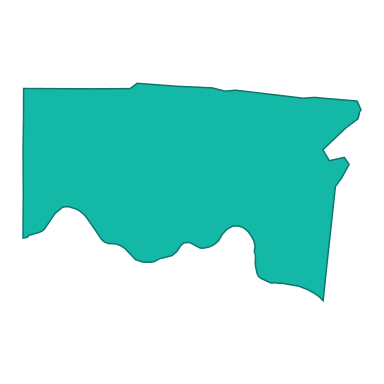 the district of Hamilton, Ohio, United States of America
{"feature_id": "52423323B74792918686733", "entity_name": "Hamilton", "entity_type": "district", "adm_level": 2, "iso_a3": "USA", "parent_name": "United States of America", "parent_adm1": "Ohio", "projection": "natural_earth1", "projection_center": [-84.539, 39.167], "detail": "fine", "context": "isolated", "style": "filled", "palette": "teal", "viewbox_px": 384, "rotation_deg": 0, "n_neighbors": 0, "source": "geoboundaries", "source_scale": "gbopen_adm2", "svg_char_len": 1425}
<svg xmlns="http://www.w3.org/2000/svg" viewBox="0 0 384 384"><path d="M303.0,98.2L235.7,90.2L225.1,91.1L212.2,87.9L177.7,86.3L137.1,83.3L130.1,88.6L93.2,88.8L23.6,88.5L23.5,113.7L23.5,121.0L23.3,129.1L23.4,131.5L23.3,134.1L23.1,146.9L23.1,153.3L23.3,199.1L23.2,205.5L23.0,238.1L26.9,237.4L27.8,236.9L28.7,235.4L38.8,232.6L42.5,230.8L44.7,228.7L55.1,213.4L62.5,207.3L64.7,206.8L68.6,206.7L75.9,208.9L79.4,210.8L84.0,214.5L86.7,217.8L93.9,228.0L99.6,236.6L101.3,239.1L104.2,241.9L108.7,243.6L115.4,243.8L120.7,245.7L124.9,248.5L135.6,259.7L141.0,261.5L143.0,262.1L150.3,262.3L154.1,261.7L159.6,258.7L171.8,255.7L172.0,255.6L176.7,251.7L180.5,246.1L182.4,244.0L184.6,242.7L188.9,242.5L190.3,242.9L200.3,248.1L203.3,248.2L209.2,247.0L211.4,245.9L213.8,244.8L217.1,242.1L217.5,241.6L218.8,240.4L222.4,234.2L226.5,229.7L229.3,227.9L232.3,226.4L232.7,226.2L237.8,225.9L241.8,227.0L245.2,228.9L247.9,231.4L250.6,235.0L253.7,240.6L255.3,246.6L254.7,247.9L254.3,252.1L255.3,254.3L255.5,258.5L255.2,262.5L255.6,266.6L257.1,273.5L258.3,276.0L259.6,277.4L262.2,279.0L270.9,283.0L273.5,283.0L274.5,282.5L278.6,283.3L282.9,283.4L298.8,286.2L307.4,289.5L313.2,292.6L317.4,295.4L319.1,296.6L323.1,300.7L325.9,274.2L335.4,186.5L342.0,177.4L349.1,164.4L344.3,157.4L329.3,160.7L322.9,149.7L345.6,128.1L358.0,118.8L359.2,114.3L359.5,112.0L361.0,110.0L357.2,101.1L314.4,97.4L303.0,98.2Z" fill="#14b8a6" stroke="#0f766e" stroke-width="1.5"/></svg>